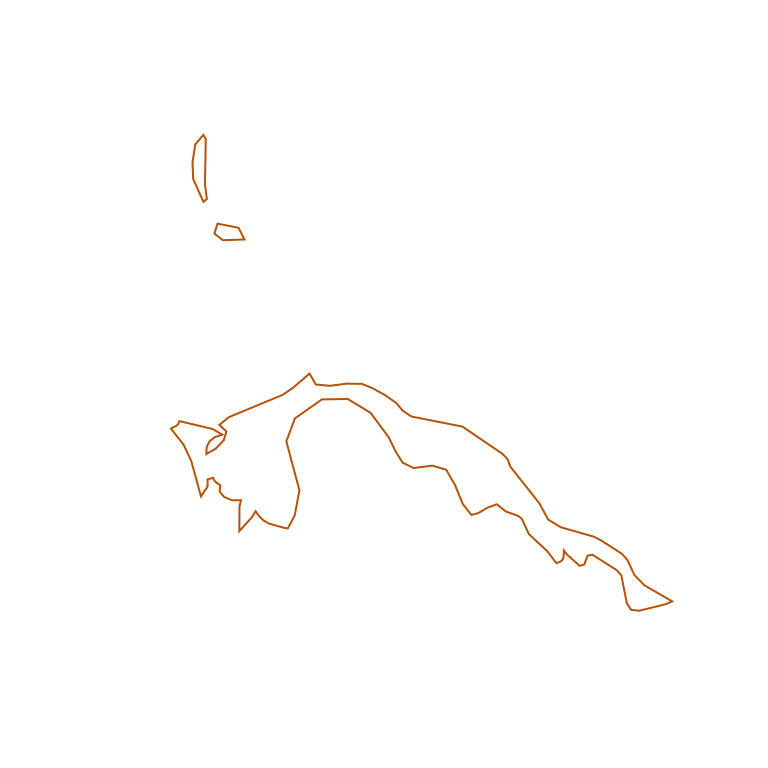 Acklins, orthographic projection, rotated 254°
{"feature_id": "BHS-5036", "entity_name": "Acklins", "entity_type": "District", "adm_level": 1, "iso_a3": "BHS", "parent_name": "The Bahamas", "parent_adm1": "", "projection": "orthographic", "projection_center": [-73.948, 22.452], "detail": "fine", "context": "isolated", "style": "outline", "palette": "amber", "viewbox_px": 768, "rotation_deg": 254, "n_neighbors": 0, "source": "natural_earth", "source_scale": "10m", "svg_char_len": 1652}
<svg xmlns="http://www.w3.org/2000/svg" viewBox="0 0 768 768"><g transform="rotate(254 384 384)"><path d="M297.1,225.5L292.5,220.5L282.5,204.4L306.1,211.3L311.7,214.5L314.1,205.9L319.4,199.3L325.8,196.3L331.6,198.7L335.9,195.4L337.9,194.3L340.9,193.9L340.9,188.1L335.1,186.5L332.7,184.8L330.8,182.1L326.3,177.1L363.1,177.5L380.7,174.7L399.8,166.9L400.6,169.9L400.9,172.4L401.9,174.8L404.7,177.1L387.9,207.0L379.9,214.5L379.5,206.7L377.0,200.5L372.3,196.2L365.7,193.9L368.2,204.4L374.1,214.5L381.8,219.4L390.1,214.5L394.9,225.8L401.5,283.6L405.4,295.4L414.6,315.3L402.3,318.3L397.2,331.4L394.6,348.3L390.2,362.8L383.2,371.7L372.9,382.1L362.0,390.8L353.4,394.5L345.2,401.4L321.4,447.7L284.1,478.7L277.5,482.1L269.9,482.6L226.4,500.5L208.5,504.4L197.6,514.4L179.7,543.1L173.9,549.5L154.9,566.1L147.7,569.5L131.5,572.0L118.7,578.8L95.6,601.1L94.7,594.1L95.7,566.8L98.9,559.2L106.4,557.0L134.7,559.4L140.7,556.6L162.3,537.4L162.9,532.4L155.3,526.8L155.3,522.0L169.4,513.0L174.4,511.0L170.2,509.7L167.0,508.3L164.8,505.5L164.2,500.4L178.6,494.7L199.7,481.9L216.2,479.4L220.0,476.9L227.9,466.0L237.3,459.3L236.6,449.6L233.9,438.9L234.0,431.9L247.2,426.6L266.8,424.5L284.4,420.2L292.2,407.9L295.1,389.2L303.3,380.2L315.9,376.6L331.6,373.8L359.9,363.2L379.6,345.1L386.3,320.0L375.5,288.9L355.8,274.3L305.1,273.4L282.4,262.0L271.7,251.7L273.0,248.8L281.6,234.8L286.3,230.4L291.5,227.4L297.1,225.5ZM673.3,279.0L668.7,280.2L638.5,271.0L625.2,266.9L610.7,264.7L608.9,260.6L621.7,258.8L633.8,257.1L650.1,261.1L666.3,268.6L673.3,279.0ZM566.6,268.8L575.3,262.4L584.0,268.2L574.2,287.3L561.4,289.7L566.6,268.8Z" fill="none" stroke="#b45309" stroke-width="2"/></g></svg>